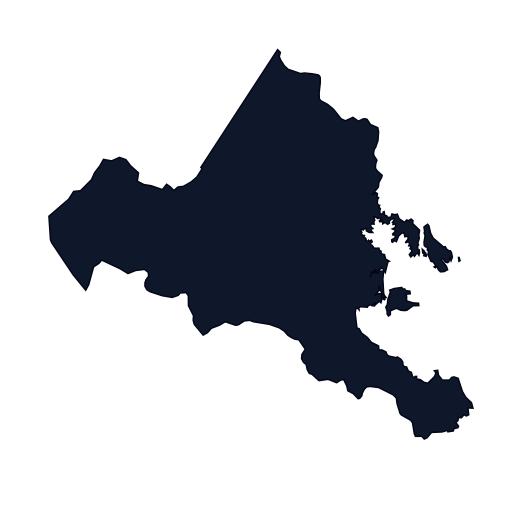 Konawe Utara, Sulawesi Tenggara, Indonesia (Natural Earth projection), rotated 353°
{"feature_id": "22746128B68991025063444", "entity_name": "Konawe Utara", "entity_type": "district", "adm_level": 2, "iso_a3": "IDN", "parent_name": "Indonesia", "parent_adm1": "Sulawesi Tenggara", "projection": "natural_earth1", "projection_center": [122.267, -3.419], "detail": "fine", "context": "isolated", "style": "filled", "palette": "ink", "viewbox_px": 512, "rotation_deg": 353, "n_neighbors": 0, "source": "geoboundaries", "source_scale": "gbopen_adm2", "svg_char_len": 6151}
<svg xmlns="http://www.w3.org/2000/svg" viewBox="0 0 512 512"><g transform="rotate(353 256 256)"><path d="M82.8,269.2L86.4,264.2L93.5,247.0L99.3,244.1L102.3,241.2L119.6,252.1L126.8,257.8L134.9,255.7L143.7,255.7L147.1,259.1L146.9,263.0L143.9,266.2L142.5,269.1L142.1,272.5L143.5,276.1L146.4,278.5L158.1,284.0L167.8,286.9L173.9,285.6L176.3,283.5L182.2,283.8L184.0,287.2L182.9,297.2L186.7,307.6L185.8,312.1L186.4,316.3L193.9,328.1L198.5,326.2L202.9,322.3L211.4,320.2L217.4,317.5L227.4,322.3L230.3,322.1L236.5,319.0L241.9,319.1L245.6,321.0L261.1,325.5L270.3,330.1L274.8,333.9L278.1,338.7L281.0,341.1L284.2,343.2L288.3,344.4L293.6,354.5L289.6,359.3L288.7,363.5L290.3,367.5L292.6,369.8L293.0,375.0L294.6,379.0L297.2,380.2L303.3,387.4L312.5,387.2L320.6,391.6L324.9,389.5L328.0,389.3L330.3,396.2L330.7,400.9L335.7,404.4L340.0,410.1L341.6,409.9L344.0,407.6L344.9,404.9L347.4,401.3L349.9,399.4L353.5,399.4L361.7,401.5L375.2,410.5L378.0,414.1L378.0,419.6L379.8,429.8L380.9,431.5L389.4,437.8L391.0,440.5L391.5,451.9L392.3,454.4L398.6,455.2L400.7,458.2L403.6,457.3L408.7,452.5L419.2,453.3L424.7,452.4L425.0,453.9L430.6,453.7L431.3,451.5L435.4,451.1L436.3,449.6L434.1,445.5L436.3,444.1L437.3,441.0L440.2,441.6L443.1,438.9L445.3,440.4L447.8,439.5L447.8,432.6L452.8,433.5L452.0,427.9L447.0,421.8L444.4,415.7L441.7,402.0L437.7,400.1L435.3,400.4L433.0,402.7L425.9,401.9L422.7,396.7L422.4,391.6L419.1,391.6L420.3,394.0L418.6,397.3L411.0,403.2L407.3,401.8L404.2,398.9L403.0,400.1L403.5,398.8L402.5,398.1L401.6,398.7L400.4,396.8L400.8,395.1L399.2,394.9L398.3,395.8L396.8,395.1L396.0,390.4L393.2,388.7L391.9,384.4L390.5,384.3L388.6,382.6L388.7,378.8L387.2,376.1L384.0,373.4L382.5,373.9L375.6,371.5L374.0,369.8L373.3,367.0L369.4,364.5L366.5,364.3L366.7,360.2L359.9,355.7L356.8,350.6L351.4,345.4L349.5,340.7L347.4,339.8L347.5,324.6L348.8,320.2L350.6,320.3L351.7,321.9L351.7,319.8L353.6,319.1L360.3,320.4L361.1,319.1L363.8,318.3L365.2,319.6L366.4,318.1L367.1,320.1L367.8,319.8L367.7,317.6L368.6,317.0L369.0,318.6L372.2,316.5L373.5,316.4L374.3,317.6L375.3,315.3L375.8,308.4L371.8,308.3L370.1,309.8L369.4,309.6L373.7,305.3L374.5,300.9L375.1,301.4L374.9,305.2L377.3,308.4L376.4,311.7L376.6,314.0L378.2,315.1L378.8,314.5L378.4,312.7L380.0,313.0L378.5,310.5L378.2,308.1L379.1,294.5L380.8,286.5L376.5,286.2L375.2,287.9L370.5,286.6L368.3,288.1L367.3,290.2L366.8,289.5L369.3,285.7L374.5,286.3L374.2,284.9L372.0,284.7L372.1,284.0L374.4,284.2L375.6,285.4L379.9,283.0L382.3,288.2L385.7,279.3L386.6,277.5L387.6,277.4L384.3,274.8L383.7,270.2L380.5,269.1L380.7,266.6L379.1,265.1L379.0,263.2L374.3,262.7L372.4,259.4L371.5,259.1L371.0,257.4L373.1,256.1L372.5,254.3L369.9,255.1L369.6,254.3L369.1,255.1L367.4,254.2L367.1,251.8L365.0,250.0L366.6,248.6L364.8,249.0L363.1,246.6L364.0,245.4L363.2,244.0L363.7,242.3L365.6,243.2L365.9,242.5L369.0,242.1L368.6,244.5L371.2,246.4L374.7,246.9L373.1,244.3L373.9,243.0L376.0,243.2L374.3,242.1L373.2,239.3L374.7,238.3L377.1,238.8L377.2,236.1L378.3,234.9L377.4,231.9L377.8,231.0L378.9,232.0L379.5,231.5L381.2,233.6L384.7,233.3L385.1,233.8L384.2,234.8L385.0,235.4L382.8,235.9L383.0,237.1L386.1,237.4L385.7,239.5L388.4,238.4L390.4,240.6L392.4,239.7L392.3,238.3L394.0,236.4L397.7,235.5L397.7,237.0L395.5,239.4L396.3,240.0L395.8,241.4L398.3,241.5L398.4,243.3L397.1,244.9L394.6,245.7L396.9,247.0L397.4,248.4L394.3,250.8L394.5,251.9L396.2,251.9L396.8,253.6L395.5,255.3L392.7,256.4L392.5,258.4L393.2,259.0L395.6,257.6L397.1,258.9L400.0,253.5L403.7,250.8L405.9,251.6L406.0,255.0L409.2,254.9L409.0,257.8L406.2,260.5L406.6,261.1L408.0,260.4L409.6,261.4L409.9,262.8L408.8,264.5L411.4,265.2L409.7,267.6L410.8,268.1L411.4,270.1L408.3,273.3L409.5,275.8L412.3,273.9L413.2,275.7L415.8,272.9L417.0,273.4L417.8,275.1L418.7,272.7L418.7,269.7L417.2,268.8L417.8,265.5L418.7,264.8L418.2,262.8L420.3,258.2L420.1,255.5L421.5,250.3L415.5,242.9L416.1,240.0L414.4,238.2L412.0,239.5L409.9,238.6L407.6,240.8L402.6,236.4L401.4,231.7L398.8,231.9L396.1,230.8L394.7,233.8L391.5,233.9L390.6,232.0L388.7,231.4L388.6,227.6L387.5,227.9L387.5,229.8L384.3,229.4L384.4,226.0L385.2,224.4L384.0,222.3L384.9,220.8L383.7,220.4L382.8,218.4L383.6,214.7L384.8,213.1L383.4,211.9L384.1,208.8L382.3,207.5L380.5,209.3L379.1,208.8L385.8,202.6L387.0,197.9L390.5,193.0L391.0,191.2L386.8,186.5L385.2,183.4L386.0,179.3L387.7,175.6L385.2,170.5L385.2,168.1L386.4,164.5L387.9,162.9L391.1,156.4L392.8,147.7L392.5,143.5L385.6,139.4L382.9,133.9L381.2,133.1L378.9,133.0L374.1,134.7L369.1,130.2L361.2,132.7L357.2,130.2L350.9,119.9L345.6,114.3L339.4,109.9L338.0,107.7L338.5,102.1L341.0,91.4L341.5,86.5L340.9,85.0L339.8,83.8L334.0,82.0L326.6,80.3L322.3,80.3L310.6,74.6L307.3,70.6L304.3,64.4L303.4,60.9L305.0,56.9L302.6,53.8L212.1,161.3L213.0,163.0L206.9,170.4L200.8,174.5L192.5,178.0L186.9,178.0L182.5,181.0L179.2,176.7L176.0,173.9L171.2,178.7L160.6,173.5L153.4,171.4L147.3,167.3L149.5,159.2L142.5,151.1L138.6,144.5L132.5,141.5L124.2,144.0L116.4,141.5L112.0,147.5L106.0,153.6L102.0,160.2L89.8,169.8L82.9,169.7L77.0,176.8L55.3,191.3L54.0,214.8L54.8,217.9L72.3,252.5L82.8,269.2ZM443.4,270.0L434.0,259.8L432.1,254.7L431.3,247.1L430.2,245.4L426.2,247.7L426.4,252.0L425.7,253.6L426.3,256.4L424.4,262.9L424.3,266.2L425.5,267.7L426.7,267.7L427.2,269.4L426.7,270.9L427.7,271.9L427.1,276.4L429.1,282.7L431.1,283.4L433.3,287.5L431.4,288.5L432.7,289.6L434.0,288.4L434.6,288.9L435.3,291.8L437.1,294.2L440.7,294.4L444.5,293.0L443.8,289.5L439.6,282.5L440.0,281.4L441.3,281.6L443.3,285.1L445.4,286.0L446.7,285.2L448.3,281.1L449.0,284.5L450.8,281.1L450.4,276.2L449.5,274.5L448.2,274.4L445.8,272.1L445.1,269.8L443.4,270.0ZM396.8,305.0L389.2,305.1L384.5,306.2L384.9,308.2L381.6,315.3L380.4,320.2L378.6,322.6L379.4,326.5L379.1,329.6L380.1,331.7L382.2,330.6L382.7,326.8L388.9,325.0L393.1,327.5L396.9,328.3L399.2,328.2L405.9,324.5L411.5,325.1L411.6,322.7L406.0,321.6L400.0,318.9L400.6,313.9L399.9,312.2L404.5,312.3L404.4,309.6L400.5,308.7L399.6,306.8L398.1,306.9L396.8,305.0ZM424.8,277.1L425.6,275.2L424.7,275.0L424.7,273.5L423.9,273.3L422.5,276.1L424.8,277.1ZM423.3,274.4L423.8,271.8L421.9,269.6L421.9,273.4L423.3,274.4ZM458.0,285.5L457.4,282.2L456.8,282.1L456.8,286.0L458.0,285.5Z" fill="#0f172a" stroke="#020617" stroke-width="1.5"/></g></svg>